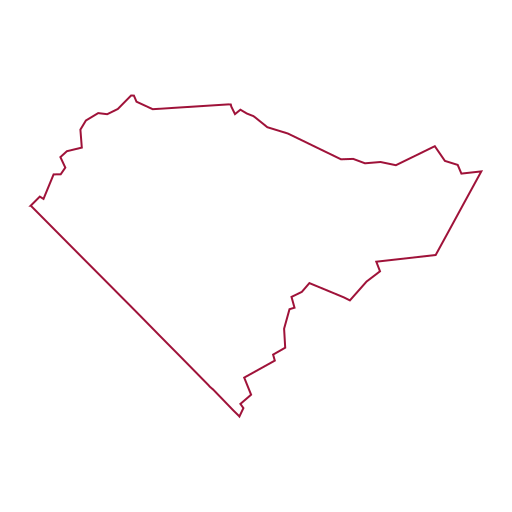 the district of Columbus, North Carolina, United States of America
{"feature_id": "52423323B52623684418934", "entity_name": "Columbus", "entity_type": "district", "adm_level": 2, "iso_a3": "USA", "parent_name": "United States of America", "parent_adm1": "North Carolina", "projection": "robinson", "projection_center": [-78.658, 34.215], "detail": "fine", "context": "isolated", "style": "outline", "palette": "rose", "viewbox_px": 512, "rotation_deg": 0, "n_neighbors": 0, "source": "geoboundaries", "source_scale": "gbopen_adm2", "svg_char_len": 1081}
<svg xmlns="http://www.w3.org/2000/svg" viewBox="0 0 512 512"><path d="M30.7,205.7L30.8,205.7L68.1,243.3L84.0,259.3L110.7,286.1L120.7,296.2L128.1,303.6L137.7,313.3L159.3,335.3L168.0,344.1L180.3,356.5L208.7,385.4L209.7,386.6L213.4,389.8L233.3,410.4L238.8,415.8L239.4,416.5L243.4,408.1L240.4,403.9L251.1,394.7L244.2,377.6L274.8,360.6L273.1,354.6L285.2,347.7L284.1,328.7L289.5,309.2L294.5,307.7L291.5,296.9L301.8,291.9L309.4,283.1L343.9,297.4L349.9,300.4L366.6,281.5L380.0,271.3L376.3,261.7L435.7,255.0L435.9,254.6L448.7,231.2L461.8,207.1L463.1,204.7L481.3,171.4L461.4,173.6L457.7,164.9L444.9,160.9L434.8,146.2L395.9,165.2L380.5,162.0L365.0,163.3L353.2,158.9L341.0,159.3L287.8,133.5L267.3,127.2L255.3,117.5L253.4,116.1L252.9,115.9L252.1,115.6L250.8,115.1L246.8,113.5L240.4,109.7L235.0,114.1L231.3,106.6L230.8,104.5L228.2,104.4L152.7,109.2L136.5,101.7L133.9,95.6L131.1,95.5L117.8,109.0L107.2,114.2L98.2,113.1L85.9,120.5L80.4,129.6L81.8,147.6L66.9,151.2L60.4,157.1L65.3,167.6L60.7,174.3L53.6,174.4L43.5,198.9L39.8,196.6L30.7,205.7Z" fill="none" stroke="#9f1239" stroke-width="2"/></svg>